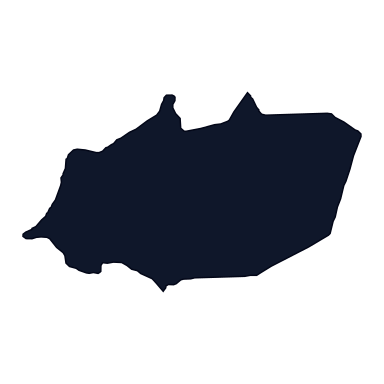 Sipacapa, San Marcos, Guatemala
{"feature_id": "79465075B25557085984198", "entity_name": "Sipacapa", "entity_type": "district", "adm_level": 2, "iso_a3": "GTM", "parent_name": "Guatemala", "parent_adm1": "San Marcos", "projection": "albers", "projection_center": [-91.681, 15.195], "detail": "fine", "context": "isolated", "style": "filled", "palette": "ink", "viewbox_px": 384, "rotation_deg": 0, "n_neighbors": 0, "source": "geoboundaries", "source_scale": "gbopen_adm2", "svg_char_len": 1709}
<svg xmlns="http://www.w3.org/2000/svg" viewBox="0 0 384 384"><path d="M271.4,266.1L308.7,246.9L328.4,235.2L330.1,233.5L333.1,221.3L335.2,217.0L337.4,207.0L340.6,198.8L343.8,185.5L345.9,181.3L349.9,169.2L353.5,155.7L361.0,136.5L360.9,133.9L357.8,130.9L355.2,130.0L344.0,122.1L335.0,117.4L331.5,113.9L327.2,113.3L265.7,115.2L261.6,114.2L258.7,110.9L258.9,110.0L256.6,107.3L252.6,98.9L250.7,97.3L250.6,95.9L247.5,92.7L233.9,111.9L229.3,120.1L227.7,121.3L220.7,124.0L214.6,124.7L200.7,128.5L186.0,131.3L184.1,131.2L180.7,128.2L180.1,118.4L175.6,113.6L172.8,107.9L172.8,104.4L174.9,100.7L175.0,97.2L174.0,96.0L172.1,95.1L166.4,95.2L164.1,97.7L163.7,100.5L161.6,104.3L159.7,111.1L156.7,115.1L147.2,120.9L136.1,129.2L129.5,132.3L120.9,138.2L116.8,139.8L113.6,143.6L111.3,144.7L107.6,147.3L105.9,147.7L102.6,151.2L99.1,152.6L96.2,152.6L85.3,150.0L77.2,149.2L73.5,150.0L68.5,154.7L67.2,158.6L66.1,159.2L65.4,168.5L63.1,173.7L63.2,174.7L61.0,177.9L61.4,182.3L60.7,185.5L55.4,200.0L52.3,204.3L51.1,207.4L49.7,208.3L47.6,213.0L46.7,213.3L45.7,216.3L41.7,219.8L35.9,226.6L32.0,228.4L31.9,229.4L25.8,232.1L23.1,234.2L23.0,236.4L26.1,238.6L32.1,238.7L36.4,237.3L41.2,236.9L47.0,237.3L49.7,238.7L56.6,247.4L63.1,252.6L64.9,255.6L66.0,263.1L69.5,266.5L76.2,268.3L79.0,270.3L86.4,272.9L89.2,273.3L93.4,272.5L98.1,273.4L99.7,272.4L100.8,271.4L100.9,265.5L102.6,262.7L107.4,263.2L113.4,262.1L121.7,262.5L127.0,265.5L131.6,269.2L137.4,270.7L140.7,273.5L152.2,278.7L156.3,283.2L163.2,291.3L163.9,290.3L165.7,287.9L165.9,286.0L168.3,284.5L173.6,284.7L176.2,283.7L180.7,279.9L183.4,279.1L190.7,278.8L194.7,277.8L244.8,276.3L250.3,275.3L256.7,275.3L260.7,272.7L271.4,266.1Z" fill="#0f172a" stroke="#020617" stroke-width="1.5"/></svg>